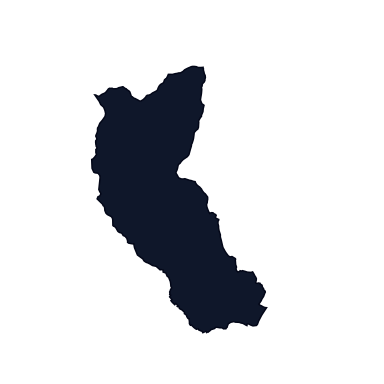 the district of Halmagel, Arad, Romania, rotated 312°
{"feature_id": "2599482B92000052387360", "entity_name": "Halmagel", "entity_type": "district", "adm_level": 2, "iso_a3": "ROU", "parent_name": "Romania", "parent_adm1": "Arad", "projection": "robinson", "projection_center": [22.664, 46.307], "detail": "fine", "context": "isolated", "style": "filled", "palette": "ink", "viewbox_px": 384, "rotation_deg": 312, "n_neighbors": 0, "source": "geoboundaries", "source_scale": "gbopen_adm2", "svg_char_len": 5937}
<svg xmlns="http://www.w3.org/2000/svg" viewBox="0 0 384 384"><g transform="rotate(312 192 192)"><path d="M264.5,142.9L264.5,142.7L264.4,141.8L264.2,140.3L264.9,138.9L265.8,137.1L266.3,136.5L268.4,135.1L271.1,133.4L272.6,132.3L274.8,130.6L276.3,128.8L277.6,128.6L278.6,127.7L279.5,127.4L281.0,127.4L281.7,127.5L283.5,127.0L284.1,126.4L286.1,125.3L287.4,123.8L288.2,121.9L289.1,120.7L290.3,118.8L291.3,118.0L291.5,117.4L292.1,116.8L291.5,116.3L289.9,114.7L288.7,113.3L288.4,112.5L288.0,111.3L286.8,109.6L285.7,108.4L285.2,108.0L284.5,107.5L283.5,107.1L281.4,106.1L280.4,105.7L278.0,104.8L276.7,104.7L275.8,104.7L273.9,104.1L272.6,103.6L271.8,102.6L270.1,101.5L269.6,101.1L268.9,100.5L266.2,98.7L265.4,97.7L263.6,95.7L261.6,96.4L259.2,97.0L258.7,96.7L257.6,96.6L257.0,96.5L254.5,97.6L253.7,97.6L252.5,97.2L251.1,96.7L249.4,96.6L247.9,96.9L247.1,97.1L244.5,98.1L243.5,98.0L241.8,97.4L240.7,97.0L240.1,96.7L239.2,96.4L238.3,96.2L237.5,96.1L236.7,95.9L236.0,95.6L235.4,95.3L234.7,94.7L234.1,94.2L233.9,94.0L233.5,94.0L233.0,93.9L232.6,93.8L232.1,94.0L231.0,94.1L227.9,93.9L227.4,93.7L225.6,93.2L224.6,92.4L224.3,90.8L223.8,88.9L223.4,87.2L222.8,85.8L222.8,84.5L222.8,83.8L222.4,83.1L223.1,81.8L224.2,79.9L224.9,78.4L224.9,77.5L224.7,76.9L224.7,75.9L224.5,75.0L224.7,74.1L224.4,73.7L224.3,73.2L224.2,72.2L224.1,71.8L224.1,70.9L224.1,70.5L223.8,70.0L223.3,69.7L222.1,68.9L220.6,67.8L219.0,67.2L218.5,67.0L217.4,65.9L216.7,65.2L216.0,64.4L215.7,63.3L214.5,62.1L213.9,61.3L213.1,61.0L212.4,60.9L211.6,61.0L210.9,61.1L210.2,61.1L209.3,61.1L208.6,61.2L208.0,61.2L206.8,60.8L206.0,60.5L205.3,60.1L204.5,59.8L204.1,59.6L202.0,59.2L201.3,59.1L200.8,58.8L200.6,58.4L200.3,58.0L199.8,56.6L199.8,56.1L199.7,55.6L199.1,54.8L197.3,62.4L195.9,65.7L195.9,69.6L194.3,72.8L192.5,75.3L190.0,76.8L185.3,77.4L181.4,77.5L177.9,78.8L176.4,79.0L175.1,80.0L174.2,81.0L172.0,82.0L169.8,82.7L169.0,83.3L168.5,84.6L167.6,86.0L165.6,86.2L164.4,87.2L162.9,88.9L162.5,89.5L161.8,90.3L161.5,91.6L160.7,92.1L159.1,92.2L158.3,93.1L157.6,93.6L156.8,94.4L156.1,95.9L153.1,96.3L150.4,96.3L149.1,95.7L142.7,101.9L141.0,105.8L141.4,107.2L143.1,109.6L142.6,112.4L141.3,114.0L131.5,121.1L130.5,123.3L130.0,125.0L129.5,125.6L127.2,126.1L125.6,125.3L123.4,126.1L123.1,133.6L122.4,135.2L122.6,136.2L121.9,137.5L119.9,139.7L118.7,142.2L118.6,144.2L119.7,148.3L119.5,149.9L118.5,151.5L114.2,155.6L114.1,156.5L114.6,157.4L114.4,159.6L113.9,161.1L113.2,163.1L113.2,164.1L113.4,165.2L114.4,167.2L114.0,169.0L113.6,169.9L114.3,172.0L113.9,174.9L113.1,175.8L112.8,176.7L111.5,177.8L111.6,179.1L112.6,180.8L113.8,182.7L114.6,183.3L112.1,186.6L108.7,193.6L109.2,198.4L109.4,200.2L108.7,202.4L108.8,203.5L109.1,205.2L109.6,206.1L110.4,208.9L110.9,211.8L112.8,215.1L112.8,220.4L113.7,220.9L114.6,222.8L114.7,223.0L113.2,224.0L113.3,224.4L114.3,226.8L112.8,229.9L113.0,231.7L110.9,235.9L109.5,237.6L107.9,239.3L107.5,240.1L107.3,241.0L107.0,241.2L105.7,241.2L104.8,241.5L104.0,241.9L102.7,242.3L102.2,243.2L100.9,244.0L101.1,244.9L101.1,245.2L99.1,245.5L98.7,249.0L97.2,249.0L96.8,251.1L96.7,254.6L98.4,254.6L98.2,257.6L97.2,257.4L97.2,258.0L97.8,258.1L97.7,259.7L97.4,260.0L97.0,260.6L97.2,261.6L97.7,263.6L97.6,265.5L97.8,266.5L96.5,267.8L96.7,268.8L96.7,270.5L96.0,271.4L95.5,272.9L95.4,273.7L95.5,274.3L95.8,274.6L95.6,274.7L95.5,274.9L95.1,275.4L94.3,276.4L93.0,277.7L92.6,278.0L92.2,278.7L91.9,280.0L92.8,280.6L92.7,281.5L92.6,284.3L92.7,285.0L92.7,286.0L93.0,287.2L93.8,287.7L94.6,288.1L94.0,289.3L94.8,291.8L95.3,292.6L94.7,294.2L97.9,295.6L97.4,297.0L99.0,297.4L98.9,297.8L100.1,298.0L101.1,298.2L102.0,298.3L102.4,298.0L103.5,298.9L105.6,300.1L105.9,300.2L106.6,300.0L107.4,300.3L107.9,300.7L108.7,301.9L109.6,303.4L110.7,304.6L111.3,305.5L111.3,306.5L111.4,307.0L112.6,308.2L113.0,308.7L114.0,308.5L114.4,308.5L115.0,308.6L115.4,308.4L115.9,308.1L116.4,307.9L117.2,307.6L117.8,307.4L118.1,307.2L118.7,307.2L119.1,307.4L119.8,307.6L120.7,307.8L121.5,308.2L122.5,309.0L123.4,309.5L124.0,310.6L124.2,311.1L124.6,311.7L125.2,312.4L126.2,313.7L126.8,314.3L127.0,315.0L127.4,316.0L128.2,317.3L128.5,318.0L129.3,321.7L129.5,322.2L130.8,321.3L131.6,321.7L132.5,324.9L133.3,326.9L134.9,328.3L136.0,329.2L137.6,329.1L140.5,327.9L145.9,326.5L147.6,326.1L155.9,324.8L154.9,323.4L154.3,321.8L153.9,319.8L153.3,318.0L153.4,316.7L157.4,316.2L159.5,315.5L162.2,315.1L165.5,313.8L166.6,313.5L167.2,312.8L167.5,310.0L168.0,309.9L168.5,307.9L169.6,306.4L169.5,305.6L169.4,304.9L169.1,304.5L169.7,303.7L168.7,302.1L168.1,301.9L167.2,300.8L167.2,300.4L167.3,299.9L169.4,298.8L170.6,297.9L171.3,296.5L171.6,295.2L171.9,294.3L172.6,292.5L173.2,290.5L171.8,289.7L170.2,287.7L169.3,286.4L168.7,284.9L167.8,283.1L167.2,282.0L166.7,281.8L166.1,281.7L165.9,280.9L165.7,280.4L164.8,280.5L163.5,279.8L163.2,279.5L163.3,278.1L163.7,277.1L164.4,276.1L164.6,275.8L165.4,275.7L166.2,275.0L167.2,273.1L169.2,271.0L170.2,269.9L171.3,269.3L171.5,268.6L170.8,264.9L169.3,263.8L168.8,261.9L169.5,258.3L170.0,256.4L171.5,252.1L172.9,250.0L175.8,245.9L177.5,243.2L179.2,241.7L181.4,237.9L183.0,235.9L184.5,234.5L185.9,232.4L187.5,231.0L189.2,230.6L189.5,230.2L189.2,229.5L188.6,227.5L188.8,226.3L190.7,225.7L191.1,224.7L190.6,223.3L190.6,221.5L189.9,220.5L188.6,219.6L187.9,219.5L188.6,217.4L190.2,214.2L191.2,212.6L192.4,211.2L194.3,210.4L195.5,209.5L197.0,208.6L198.7,207.0L199.5,203.2L199.4,201.2L199.9,198.6L200.5,197.2L200.8,194.4L200.6,192.8L200.6,190.5L201.2,188.4L201.8,187.4L200.8,185.8L199.9,183.6L199.1,182.4L197.1,177.8L195.6,176.6L194.5,175.2L193.6,172.5L194.6,169.9L195.3,167.5L196.3,166.7L197.9,166.3L199.9,165.4L202.6,163.8L203.8,163.6L204.8,163.8L205.4,163.9L207.5,163.6L210.2,163.7L215.2,164.9L217.7,164.7L222.7,162.2L226.1,160.6L226.4,160.0L228.5,159.4L231.1,158.2L232.8,157.3L235.7,155.3L237.6,153.9L240.6,153.8L242.6,154.2L244.4,153.5L248.4,150.3L249.2,149.3L253.2,148.4L254.2,148.5L254.6,148.4L255.3,147.7L259.0,146.4L261.4,144.6L264.5,142.9Z" fill="#0f172a" stroke="#020617" stroke-width="1.5"/></g></svg>